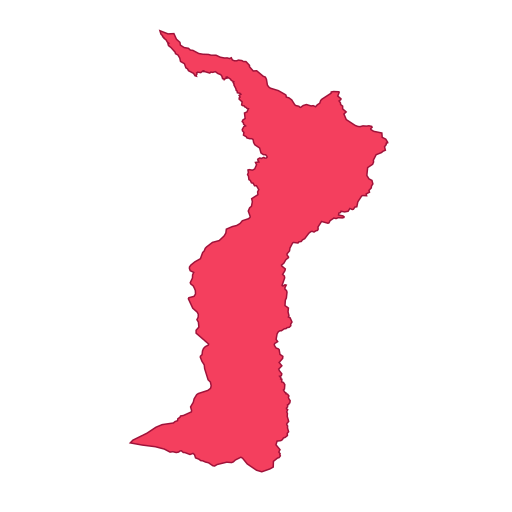 outline of Santa Isabel, Tolima, Colombia, rotated 276°
{"feature_id": "7082276B22900870629792", "entity_name": "Santa Isabel", "entity_type": "district", "adm_level": 2, "iso_a3": "COL", "parent_name": "Colombia", "parent_adm1": "Tolima", "projection": "equal_earth", "projection_center": [-75.189, 4.734], "detail": "fine", "context": "isolated", "style": "filled", "palette": "rose", "viewbox_px": 512, "rotation_deg": 276, "n_neighbors": 0, "source": "geoboundaries", "source_scale": "gbopen_adm2", "svg_char_len": 6098}
<svg xmlns="http://www.w3.org/2000/svg" viewBox="0 0 512 512"><g transform="rotate(276 256 256)"><path d="M47.9,295.2L53.6,294.8L57.3,298.5L57.9,300.0L59.8,301.1L61.0,300.4L61.8,300.7L63.4,299.2L65.9,300.1L70.3,295.6L74.1,296.3L75.0,300.0L76.1,301.4L77.9,302.3L78.6,303.9L80.7,306.0L83.0,305.6L84.6,306.8L88.3,305.3L90.3,305.2L91.5,304.2L92.6,304.2L94.9,305.8L99.8,303.8L102.8,303.7L104.1,302.8L106.5,303.6L107.2,302.3L107.9,302.2L109.3,303.2L111.3,302.9L111.7,304.0L112.7,304.1L113.5,305.0L115.7,305.1L117.6,303.5L119.1,302.9L120.2,303.4L121.9,301.8L122.2,300.1L123.0,300.1L123.4,299.0L125.6,297.3L126.7,298.2L131.1,298.1L133.1,296.5L133.5,294.7L136.1,294.6L136.3,293.4L137.3,293.6L138.9,292.0L139.6,293.7L141.5,294.0L144.3,291.3L145.9,290.4L149.5,293.2L152.5,290.1L156.9,293.2L159.0,293.2L160.7,290.1L165.3,288.8L166.1,287.7L166.5,285.7L168.6,283.9L170.0,283.4L171.0,283.8L173.1,286.5L175.2,284.7L180.7,285.1L182.8,286.0L184.1,287.4L184.3,289.0L186.6,291.8L186.9,293.4L188.0,294.4L188.6,296.5L190.3,297.9L191.9,297.6L194.1,298.7L198.2,296.3L198.7,294.6L200.2,295.0L203.8,293.7L207.6,293.7L209.7,290.0L215.2,289.8L217.4,290.6L223.3,290.6L224.9,289.9L225.8,288.5L227.3,288.0L230.2,289.1L230.4,287.8L229.1,286.2L229.1,285.3L229.5,285.0L237.3,286.8L239.0,286.3L240.5,284.4L244.4,286.3L246.2,286.5L248.8,282.6L249.6,282.3L251.7,284.4L255.5,286.1L257.7,288.4L258.3,288.5L260.4,286.7L261.5,286.7L264.6,288.8L267.4,288.9L272.7,291.0L273.4,291.9L273.3,296.4L274.5,297.1L275.2,299.5L276.9,300.5L278.3,302.6L284.1,306.1L285.9,307.9L286.4,309.2L285.9,311.2L287.3,312.9L287.9,314.5L289.2,315.0L291.3,314.6L297.2,317.6L296.1,324.1L296.6,325.1L298.9,326.0L301.9,329.5L301.6,331.7L302.7,333.8L302.9,337.9L303.5,339.4L304.2,339.5L305.0,338.2L305.4,333.8L307.3,333.9L308.1,335.5L309.4,335.9L309.1,339.5L310.1,342.9L313.1,344.4L312.3,346.9L312.7,348.0L315.0,349.2L315.5,351.1L320.5,351.6L326.7,354.8L327.3,355.8L327.5,359.7L329.3,359.1L331.3,362.2L333.1,361.5L335.7,363.5L337.8,363.6L339.9,364.7L343.3,363.4L344.5,360.3L347.7,357.8L355.6,357.8L359.4,362.4L361.8,363.1L363.6,362.7L369.3,364.9L372.0,370.0L373.5,371.4L374.7,373.6L378.1,372.4L380.3,373.8L381.9,373.8L382.3,375.1L382.8,375.1L385.8,372.8L387.2,369.1L391.5,368.3L392.3,360.0L393.8,357.0L394.7,356.8L396.1,358.0L397.0,357.5L397.3,354.7L396.7,352.3L396.6,348.8L395.5,345.9L395.5,343.7L396.2,341.0L401.1,331.5L406.4,328.6L408.7,330.6L411.4,326.8L414.1,326.5L415.5,324.3L417.1,324.0L418.9,322.4L420.4,324.0L421.2,324.1L423.6,320.6L427.4,321.6L428.0,321.3L427.7,316.0L427.0,313.7L425.7,313.6L418.9,305.2L417.5,304.1L414.6,303.4L412.7,301.1L410.7,299.7L411.5,297.1L411.0,295.1L411.9,290.3L410.6,287.2L408.5,284.9L408.5,284.1L409.4,283.0L409.8,279.8L410.5,278.7L415.0,275.2L416.8,272.1L417.2,269.5L419.1,269.0L419.8,267.8L422.8,261.0L424.4,252.9L425.1,251.4L427.1,249.5L432.8,247.9L434.9,246.6L435.5,244.4L440.3,237.3L439.7,233.9L443.6,229.7L444.9,229.6L448.3,225.7L448.1,223.1L448.9,221.5L449.0,218.0L448.1,216.4L447.9,214.1L448.5,212.0L450.6,210.7L449.6,209.1L450.0,206.6L449.6,204.1L450.0,199.6L451.5,195.3L451.0,190.3L451.5,187.6L451.1,182.1L451.4,177.9L453.9,171.7L453.9,169.2L455.5,167.1L455.8,162.7L457.8,158.8L460.5,158.0L463.3,154.2L468.6,151.1L467.7,145.3L470.0,136.9L466.7,138.3L465.2,140.1L464.3,140.2L463.6,141.6L462.9,141.7L461.6,143.9L459.4,145.5L458.5,147.0L458.0,146.2L456.1,147.0L454.4,149.7L450.2,154.3L448.8,154.8L447.8,157.3L444.9,159.5L441.6,160.6L439.8,164.7L435.8,166.6L435.0,168.3L433.2,169.5L431.1,174.8L428.9,176.5L428.6,178.0L429.6,177.6L430.9,178.3L431.9,177.8L432.7,178.7L432.6,181.9L434.7,184.1L434.7,184.7L433.9,184.6L434.0,186.0L433.1,190.9L434.2,191.9L434.1,193.7L435.1,196.3L433.5,199.0L432.7,201.9L431.2,203.3L428.9,204.2L428.9,205.3L428.0,205.9L429.4,207.1L429.8,208.4L430.7,207.7L431.1,208.5L429.2,212.2L428.1,213.0L426.9,215.7L426.1,215.1L424.7,216.3L423.9,216.1L420.3,218.5L418.6,219.0L418.1,220.0L416.4,220.4L416.1,223.1L415.3,224.1L414.0,222.4L412.4,223.6L411.6,222.8L410.3,222.8L407.8,226.1L404.8,225.9L404.2,226.8L404.1,228.4L403.0,229.4L402.8,230.5L401.8,231.6L401.7,233.1L398.3,231.9L397.0,229.6L391.6,230.8L389.9,228.7L388.2,228.2L387.3,229.5L385.9,229.8L384.3,232.0L383.4,230.4L380.4,229.1L379.0,229.5L377.7,231.0L374.9,230.9L373.5,234.0L372.5,234.6L372.0,237.4L372.2,239.4L371.6,240.9L368.6,241.8L366.5,243.2L363.8,248.3L359.0,250.2L357.6,252.7L357.7,255.0L356.1,256.6L355.3,256.7L354.4,255.8L354.2,254.7L354.9,253.5L353.5,251.0L353.9,249.6L352.8,247.9L351.9,247.6L349.8,249.0L349.0,245.7L346.8,247.0L342.4,245.6L341.0,243.5L341.2,240.2L340.7,239.0L338.2,239.7L336.0,239.1L334.8,240.1L331.2,241.0L330.6,242.4L328.3,243.8L328.1,245.6L325.7,247.2L326.0,249.1L322.3,251.8L319.9,250.9L317.2,251.5L312.6,245.7L309.6,246.7L305.0,246.3L303.2,244.6L299.9,243.6L294.7,246.1L293.7,246.0L292.3,244.6L289.6,238.7L286.7,236.8L284.3,233.6L282.8,229.4L279.6,223.7L275.7,223.6L272.6,222.2L267.5,217.8L265.0,211.3L260.0,206.0L258.3,204.7L255.7,204.0L253.9,202.6L247.5,201.0L243.8,195.8L240.1,192.1L238.1,191.0L236.6,191.1L234.5,192.1L233.2,195.8L230.6,194.9L227.4,195.1L222.6,193.4L221.4,194.0L219.7,196.7L217.7,198.0L215.3,199.3L211.9,199.8L209.4,198.6L207.5,193.6L206.4,193.2L197.4,198.6L194.0,203.4L192.0,204.7L189.1,204.9L186.5,203.9L184.3,205.6L179.3,206.6L175.9,204.2L173.0,204.5L163.5,218.1L162.4,217.9L160.6,215.1L158.6,213.5L156.0,212.7L152.3,212.7L150.5,211.2L149.5,211.2L145.7,213.2L142.3,215.9L138.6,216.7L127.9,221.3L125.9,223.8L122.2,225.0L119.6,224.6L117.3,222.2L113.2,213.0L111.9,211.5L107.5,209.4L103.9,208.9L99.1,206.7L95.6,208.1L94.2,208.0L89.8,200.5L89.0,197.7L87.6,197.2L86.0,195.3L84.0,195.2L82.9,192.8L81.3,191.3L78.5,180.3L75.2,174.3L68.4,166.1L60.0,152.8L57.0,150.5L56.1,162.4L55.8,175.9L54.4,185.0L52.0,191.0L52.7,193.8L52.2,197.2L52.9,199.5L54.2,200.9L54.5,202.1L53.0,204.2L53.1,205.8L51.7,211.1L53.1,214.0L52.0,215.6L48.9,217.0L48.0,220.3L46.7,222.5L46.8,224.2L45.8,227.3L45.4,230.4L42.9,235.0L42.8,236.8L44.6,239.2L47.9,248.5L48.0,253.3L48.9,255.0L51.0,256.8L54.3,262.0L53.5,263.8L48.3,269.0L43.0,278.9L42.0,284.3L45.7,292.1L47.9,295.2Z" fill="#f43f5e" stroke="#9f1239" stroke-width="1.5"/></g></svg>